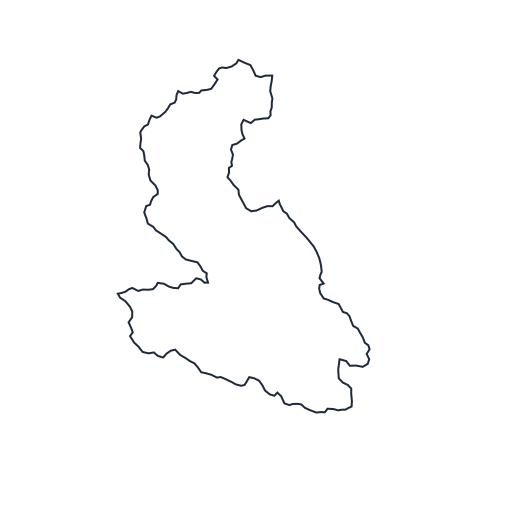 outline of Cotia, São Paulo, Brazil, rotated 311°
{"feature_id": "56859067B86024623028982", "entity_name": "Cotia", "entity_type": "district", "adm_level": 2, "iso_a3": "BRA", "parent_name": "Brazil", "parent_adm1": "São Paulo", "projection": "equal_earth", "projection_center": [-46.953, -23.683], "detail": "fine", "context": "isolated", "style": "outline", "palette": "slate", "viewbox_px": 512, "rotation_deg": 311, "n_neighbors": 0, "source": "geoboundaries", "source_scale": "gbopen_adm2", "svg_char_len": 3228}
<svg xmlns="http://www.w3.org/2000/svg" viewBox="0 0 512 512"><g transform="rotate(311 256 256)"><path d="M329.4,89.1L325.4,90.4L321.7,93.1L318.5,94.0L314.1,91.8L309.7,92.7L305.2,93.0L298.4,92.0L295.1,90.2L293.4,85.1L288.9,86.3L284.2,88.2L280.8,86.7L276.5,86.9L273.3,87.6L269.1,92.4L265.2,94.9L261.5,97.6L261.2,102.3L258.4,105.9L255.0,109.5L253.7,114.6L251.2,118.6L247.0,121.7L243.7,126.8L243.2,134.0L241.2,138.6L238.4,141.1L233.2,139.8L228.7,140.8L225.2,142.4L221.6,140.4L215.5,143.1L212.1,149.3L209.5,153.1L210.6,159.3L209.7,163.8L210.6,170.1L211.3,175.8L210.6,180.1L210.8,185.6L209.1,191.4L208.8,195.7L207.1,200.3L207.3,205.2L209.8,210.2L212.8,215.9L211.7,220.9L209.9,225.5L210.6,230.2L207.5,232.4L204.4,237.3L202.1,234.7L202.1,229.7L200.0,225.5L193.0,225.0L188.9,221.1L185.2,217.8L180.6,218.4L177.7,214.6L175.8,210.4L174.7,204.8L171.2,199.4L168.1,200.3L163.4,200.0L160.0,197.0L156.4,192.6L152.4,190.1L150.7,183.6L147.6,181.9L143.4,180.9L140.1,178.9L136.9,176.5L135.4,180.7L136.2,187.2L134.9,194.6L132.8,199.2L128.5,202.7L122.3,203.4L119.8,209.0L117.5,213.1L112.9,213.5L110.7,220.9L110.5,226.7L109.2,233.4L112.0,238.7L116.2,242.2L116.2,247.4L118.5,252.5L123.5,252.5L128.6,253.8L132.3,256.5L131.6,263.9L132.8,270.1L133.3,275.0L134.6,279.9L133.9,284.8L132.3,290.9L134.6,295.0L137.0,300.1L138.6,306.2L141.5,308.8L143.1,313.8L144.8,319.9L145.9,325.1L148.4,330.0L151.1,332.0L155.4,331.3L160.2,330.4L162.6,335.1L163.9,340.1L162.7,345.4L160.4,351.0L160.6,357.2L162.6,361.6L166.9,361.7L166.7,367.0L163.4,374.1L165.4,379.0L168.4,380.8L171.3,383.9L173.7,387.5L173.5,392.4L174.9,397.3L177.4,404.2L180.9,407.5L183.2,410.5L187.7,410.2L191.3,414.9L193.4,419.3L196.3,421.6L198.7,424.3L202.3,425.6L205.1,426.9L209.4,423.6L214.1,418.6L218.4,414.9L218.9,409.9L217.4,404.4L218.0,398.7L221.3,395.4L224.4,392.4L228.9,389.5L232.9,386.8L235.9,393.0L234.7,398.8L238.9,403.3L242.4,409.3L248.0,411.1L252.4,409.1L254.7,403.8L260.1,402.9L262.3,399.4L261.9,395.1L264.7,389.9L266.3,385.0L268.0,380.5L267.0,375.1L269.8,369.7L271.9,366.1L272.4,362.1L270.8,358.3L272.6,353.6L274.0,349.9L271.8,344.5L270.2,339.1L268.4,335.1L270.0,329.0L272.8,325.1L275.8,323.1L279.6,325.1L280.9,318.5L284.1,316.9L287.1,316.0L290.4,312.5L293.0,309.3L295.9,305.1L298.9,299.0L301.0,293.5L301.9,288.3L303.0,282.1L303.9,273.2L304.8,266.7L306.4,262.7L306.5,256.3L308.2,251.6L307.7,247.2L309.2,243.8L310.7,240.0L312.7,236.9L308.7,236.2L304.4,235.8L301.2,232.0L296.4,229.1L290.7,226.6L286.6,223.0L285.6,217.3L288.4,209.7L291.1,202.8L294.5,199.3L294.9,192.5L296.2,187.2L296.7,182.8L301.5,180.8L304.6,177.8L308.3,178.7L310.7,175.8L313.9,174.2L317.4,172.1L319.9,167.3L324.2,165.3L328.4,168.0L333.4,169.0L337.1,170.3L339.0,166.0L341.3,162.7L345.6,158.6L350.6,157.3L352.9,164.9L358.0,165.6L361.4,168.7L364.1,170.9L368.0,174.9L371.8,174.7L374.6,172.0L378.5,170.4L382.0,167.4L385.6,165.1L389.7,158.6L393.9,155.6L398.6,152.9L402.8,149.9L398.5,144.9L394.1,142.2L391.8,137.5L394.1,132.6L396.4,126.6L394.4,120.8L392.5,114.1L388.5,114.8L382.9,113.2L378.3,110.2L376.2,106.9L373.4,105.1L368.6,105.4L364.4,106.2L364.0,111.2L357.8,112.1L352.8,112.5L349.3,110.1L345.0,106.1L341.9,106.1L339.3,103.4L337.0,99.0L334.0,97.1L330.5,94.3L329.4,89.1Z" fill="none" stroke="#1e293b" stroke-width="2"/></g></svg>